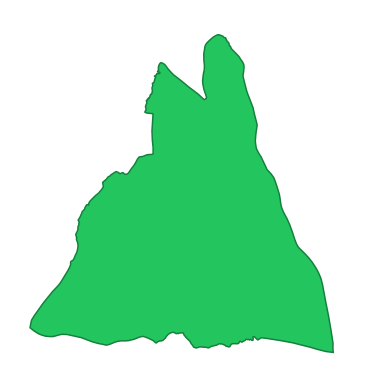 the district of Mueang Suang, Roi Et, Thailand, rotated 274°
{"feature_id": "78962969B6279300393113", "entity_name": "Mueang Suang", "entity_type": "district", "adm_level": 2, "iso_a3": "THA", "parent_name": "Thailand", "parent_adm1": "Roi Et", "projection": "orthographic", "projection_center": [103.763, 15.789], "detail": "fine", "context": "isolated", "style": "filled", "palette": "green", "viewbox_px": 384, "rotation_deg": 274, "n_neighbors": 0, "source": "geoboundaries", "source_scale": "gbopen_adm2", "svg_char_len": 5781}
<svg xmlns="http://www.w3.org/2000/svg" viewBox="0 0 384 384"><g transform="rotate(274 192 192)"><path d="M45.3,39.9L42.6,43.8L39.9,48.7L38.7,52.4L37.9,56.4L37.9,61.3L38.2,63.9L40.3,69.8L41.0,72.4L41.1,77.6L39.0,91.7L35.7,102.6L34.4,108.7L33.9,113.0L33.3,116.8L33.6,118.5L34.6,121.2L36.1,124.1L37.6,127.5L38.6,131.6L38.8,135.8L39.4,139.4L41.1,144.6L43.5,149.5L44.3,151.9L44.5,153.9L43.3,158.1L41.3,163.1L40.8,164.0L39.4,165.7L39.1,166.2L38.9,166.8L39.0,167.0L39.3,167.4L40.1,168.0L41.1,170.1L41.2,170.3L41.2,171.4L41.4,171.7L41.9,173.3L42.1,173.5L42.5,173.8L42.8,174.1L43.8,174.9L44.3,175.6L44.9,175.9L45.8,176.2L47.6,177.7L48.4,178.3L48.9,178.9L49.8,180.2L50.0,180.6L50.6,182.1L50.7,183.1L50.7,183.5L50.3,184.6L49.7,185.8L49.6,186.2L49.8,186.8L49.9,187.5L49.9,188.5L50.0,188.7L50.3,189.0L50.5,189.3L50.5,189.8L50.7,191.3L50.7,193.1L49.8,193.6L48.4,194.3L47.6,195.2L46.5,196.2L42.8,200.4L40.6,201.8L38.8,203.6L37.6,204.2L37.3,204.6L37.0,206.0L36.7,206.6L36.7,206.8L37.5,209.5L38.2,210.7L38.0,211.8L38.1,213.8L37.9,214.5L38.1,215.3L38.2,215.7L38.0,217.4L37.7,218.5L37.8,219.6L37.8,219.8L39.4,222.1L39.5,222.5L39.8,223.7L40.4,225.2L40.7,226.6L41.5,228.2L42.4,229.4L42.5,229.7L42.4,231.1L42.5,232.0L42.5,232.4L41.5,235.5L41.3,235.8L40.7,236.4L40.4,237.8L40.1,239.4L40.2,240.3L40.3,240.5L40.7,240.7L42.6,241.6L43.5,242.8L43.6,243.1L43.5,244.0L43.7,245.0L43.7,247.5L44.0,248.3L44.1,248.6L44.2,249.0L45.9,249.9L46.4,250.3L46.4,250.6L46.4,250.8L45.9,251.5L45.8,251.8L45.8,252.4L45.8,252.6L46.4,253.3L46.9,254.1L47.8,255.4L48.6,256.0L48.8,256.3L48.8,257.0L48.6,257.5L48.8,258.6L48.8,258.8L48.5,259.4L48.4,259.6L48.5,259.7L48.8,260.0L49.0,260.4L49.1,260.7L48.8,261.2L48.2,262.1L48.2,262.4L48.3,262.9L48.4,263.1L49.3,263.3L50.0,263.3L50.8,263.0L51.3,263.0L51.7,263.0L51.9,263.3L52.0,263.8L51.8,264.5L49.1,267.7L49.2,268.2L49.4,268.6L51.1,270.8L51.4,271.5L51.4,272.4L51.3,273.8L51.1,277.7L49.9,291.3L48.6,302.8L45.4,320.7L43.7,328.4L42.2,336.9L41.8,344.1L44.5,343.6L51.1,343.2L64.7,340.1L78.1,336.8L91.6,333.1L108.2,328.8L114.9,326.6L119.8,324.1L124.1,321.5L130.6,316.6L134.4,313.1L138.8,308.4L143.1,303.3L144.8,301.6L147.6,299.8L151.9,297.8L158.6,295.1L165.9,291.9L172.1,288.6L177.9,284.9L182.4,282.6L186.0,281.5L191.2,280.4L195.8,279.3L203.3,276.4L209.1,274.0L212.0,272.6L215.4,269.8L219.8,265.1L221.7,264.2L231.8,258.5L235.0,256.1L238.7,253.8L240.9,252.9L245.5,251.9L247.5,251.6L255.0,251.7L262.7,252.3L264.0,252.2L274.8,248.6L279.8,247.2L284.3,245.2L295.3,240.0L304.4,236.9L311.1,234.8L312.1,234.8L315.8,235.1L319.9,235.2L321.9,235.0L323.3,234.5L325.5,233.2L327.2,231.7L330.5,229.3L337.4,221.6L338.4,220.9L339.5,220.5L341.1,218.9L341.6,218.8L342.1,218.8L343.7,218.0L344.6,216.7L345.4,216.3L345.9,215.8L346.6,215.7L347.4,215.0L348.0,214.8L348.2,214.6L348.3,213.6L348.5,213.2L348.8,212.7L349.3,212.1L349.7,211.8L349.7,211.6L349.8,210.9L350.1,210.3L350.5,209.0L350.7,207.9L350.7,207.0L350.5,206.3L350.0,205.4L348.1,202.5L345.2,199.5L341.7,196.4L339.8,195.3L338.3,194.8L330.4,194.1L324.0,194.7L318.8,195.6L314.7,195.7L310.6,195.1L303.8,194.8L300.4,195.3L295.3,196.7L287.6,199.9L286.8,199.7L286.4,199.5L285.3,198.6L285.2,198.2L285.2,197.7L285.4,197.1L289.8,191.7L295.0,183.8L296.4,181.6L301.9,174.0L307.7,165.3L310.6,162.1L313.3,159.4L316.9,156.3L317.9,154.9L318.6,153.2L318.8,152.3L318.8,151.9L318.6,151.5L317.9,151.0L316.8,150.4L315.4,150.0L314.2,149.8L313.2,149.8L311.5,150.1L311.3,150.1L310.4,149.4L309.8,149.3L309.6,149.3L309.3,149.6L309.4,150.6L309.3,151.2L309.1,151.4L308.9,151.6L308.4,151.6L308.0,151.4L307.8,151.0L307.8,149.7L307.6,148.7L306.6,148.5L306.2,148.2L305.5,147.0L305.1,146.6L304.8,146.6L304.7,146.6L304.3,147.5L304.1,147.7L303.4,147.6L302.4,147.1L300.4,146.7L299.6,146.6L299.1,146.5L298.3,146.0L297.8,145.1L297.6,145.0L297.4,144.9L296.2,145.3L295.8,145.4L294.9,145.4L294.5,145.3L293.8,144.9L293.5,144.9L291.6,145.0L290.3,145.5L290.0,145.5L289.4,145.2L288.6,145.4L288.2,145.4L287.6,144.8L286.5,144.7L286.3,143.8L286.1,143.7L285.6,143.6L285.1,143.4L284.6,143.4L283.5,143.0L283.3,142.8L282.9,142.3L282.3,142.5L282.1,142.5L282.0,142.4L282.1,141.7L281.7,141.2L281.4,141.1L280.6,141.3L280.5,141.1L280.4,140.5L280.1,140.2L279.8,140.1L279.6,140.1L279.2,140.4L278.7,140.6L277.5,140.7L277.2,140.6L276.0,140.1L275.0,140.0L274.0,139.6L273.6,139.7L272.6,140.2L270.5,140.3L270.1,140.2L269.4,139.7L268.5,139.4L268.3,139.5L267.6,141.3L267.4,147.1L267.3,147.5L266.8,147.7L250.1,147.8L241.1,148.8L233.6,150.1L227.3,150.5L227.0,150.3L226.7,149.1L226.1,144.8L225.4,143.2L224.1,140.6L223.2,136.8L221.2,135.4L216.3,133.2L214.8,132.4L210.9,129.8L207.2,127.7L206.8,127.5L206.0,126.7L205.4,126.0L205.1,125.2L205.0,124.4L205.1,123.9L205.4,123.2L206.4,121.9L206.5,121.6L206.3,120.9L205.8,120.2L205.4,119.3L205.3,118.7L206.0,117.8L206.4,117.2L207.0,115.0L207.0,114.6L203.4,109.8L202.3,109.1L201.3,107.3L198.9,105.8L195.5,102.3L195.2,102.3L191.1,103.2L190.9,103.1L188.2,101.7L187.3,101.0L186.6,100.4L185.0,99.4L183.7,98.2L182.4,96.7L180.6,95.0L177.8,92.6L175.6,90.8L175.1,90.5L174.1,90.1L173.7,89.9L171.9,89.7L171.8,89.4L172.1,88.5L172.0,88.3L172.0,88.1L171.9,87.9L171.5,87.6L169.6,86.6L167.0,85.8L165.2,84.2L164.4,83.7L163.4,83.6L162.9,83.4L159.1,82.0L156.0,80.4L155.7,80.5L155.0,81.1L154.3,81.3L154.1,81.4L153.8,81.5L153.1,81.3L152.3,81.4L151.9,81.4L150.9,81.2L149.7,80.7L146.8,80.8L146.1,80.7L145.3,80.5L143.4,79.7L142.8,79.5L142.0,79.1L141.4,79.0L141.2,79.0L140.1,79.6L139.4,79.6L139.2,79.7L138.6,80.2L138.4,80.2L137.0,80.0L136.2,80.2L133.8,81.3L132.9,81.6L130.3,82.1L128.8,82.0L126.4,81.8L124.0,81.3L121.8,80.5L120.4,79.9L117.9,79.1L116.5,78.5L115.5,77.9L114.7,76.6L114.5,76.3L114.3,76.1L113.6,75.9L112.9,75.8L111.1,76.0L108.2,75.1L104.8,73.6L92.9,67.4L89.5,65.2L82.8,59.7L70.9,51.4L57.5,43.2L53.6,41.2L52.7,40.8L47.3,40.1L45.3,39.9Z" fill="#22c55e" stroke="#15803d" stroke-width="1.5"/></g></svg>